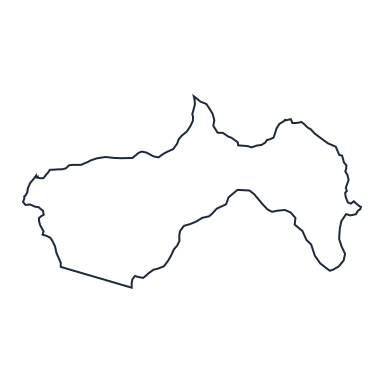 the district of Kalo Chorio Lemesou, Limassol, Cyprus
{"feature_id": "46923920B64669824717962", "entity_name": "Kalo Chorio Lemesou", "entity_type": "district", "adm_level": 2, "iso_a3": "CYP", "parent_name": "Cyprus", "parent_adm1": "Limassol", "projection": "equal_earth", "projection_center": [33.03, 34.846], "detail": "fine", "context": "isolated", "style": "outline", "palette": "slate", "viewbox_px": 384, "rotation_deg": 0, "n_neighbors": 0, "source": "geoboundaries", "source_scale": "gbopen_adm2", "svg_char_len": 2380}
<svg xmlns="http://www.w3.org/2000/svg" viewBox="0 0 384 384"><path d="M285.1,119.8L284.0,121.0L279.3,124.0L276.5,128.5L275.4,132.2L273.5,137.7L269.8,139.3L266.9,140.0L265.3,142.6L261.3,145.0L256.6,145.6L251.5,147.4L248.0,146.2L244.1,145.8L238.2,145.4L237.8,142.3L231.7,137.9L228.0,136.4L222.9,132.9L217.6,132.7L213.3,125.8L214.3,120.3L212.7,114.0L210.2,109.8L206.4,104.0L200.6,101.7L193.8,96.3L194.6,99.8L194.9,104.4L193.7,109.0L192.3,114.1L193.0,116.7L193.0,118.4L192.9,120.9L190.6,125.7L186.8,131.6L181.7,135.7L178.7,139.3L177.1,143.7L173.2,149.1L167.4,151.7L163.1,154.0L158.5,157.4L153.6,156.4L146.3,152.5L141.9,151.6L138.8,152.7L132.5,158.0L120.8,158.2L113.8,157.9L105.3,157.0L97.0,158.3L90.9,160.3L87.8,162.0L84.6,163.3L81.0,164.9L76.9,164.9L72.7,164.9L69.3,165.2L65.8,168.4L61.9,169.3L57.4,169.4L53.8,169.7L49.9,169.8L48.1,172.5L45.9,175.0L43.5,178.1L40.7,178.3L37.0,177.6L37.5,176.6L36.3,176.7L36.1,175.6L33.8,178.7L30.0,183.3L27.9,188.2L27.2,192.5L25.2,195.9L24.2,196.4L24.3,198.7L23.0,202.0L25.6,204.9L30.1,204.5L35.1,206.7L38.6,207.2L43.0,210.9L43.7,214.8L41.3,216.1L38.9,218.1L39.1,221.5L40.1,225.1L43.6,231.5L42.5,234.6L46.5,235.9L50.2,237.7L52.2,240.6L55.0,246.2L56.4,252.8L60.7,262.7L60.8,266.9L63.1,267.6L131.7,287.7L131.7,286.5L131.6,283.6L132.4,279.3L134.9,276.0L139.2,277.2L143.2,277.9L145.5,276.0L148.4,273.4L153.5,269.7L157.4,268.8L160.1,267.8L164.0,266.2L168.0,260.9L170.9,255.9L173.9,249.3L177.1,245.7L179.4,241.0L179.3,235.1L180.2,230.8L183.9,225.9L190.6,223.9L196.5,221.4L202.3,217.8L208.9,216.4L211.4,214.4L216.8,208.6L226.1,204.3L228.5,197.5L231.8,194.6L237.4,189.9L249.4,190.5L254.1,194.1L262.0,203.6L267.4,209.3L271.9,211.8L278.0,210.6L285.0,210.0L290.7,212.5L295.4,217.9L294.7,224.6L302.4,231.0L306.4,239.8L311.2,244.6L314.8,255.6L320.3,263.5L327.4,268.9L329.8,270.7L332.9,269.8L338.9,266.3L343.7,260.3L345.1,253.9L341.6,246.5L339.1,238.9L339.8,228.5L341.4,221.1L346.1,214.1L350.3,215.4L356.0,214.2L357.9,210.8L360.2,209.2L361.0,207.0L358.9,205.8L353.7,201.3L351.0,203.6L347.8,202.4L345.6,196.6L345.2,192.8L346.9,191.0L345.8,187.9L346.7,185.3L348.6,179.9L347.5,175.1L345.3,171.4L346.2,168.7L346.4,165.3L344.0,162.6L342.1,155.6L339.2,154.9L335.8,146.7L327.9,143.3L319.8,137.4L314.4,133.3L310.9,129.4L307.6,127.5L304.1,124.0L301.4,122.0L298.0,122.8L292.4,123.1L290.8,119.2L285.8,120.3L285.1,119.8Z" fill="none" stroke="#1e293b" stroke-width="2"/></svg>